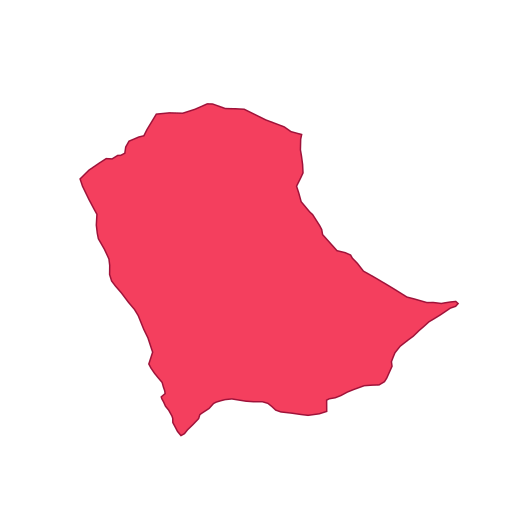 Corisco, Equatorial Guinea, rotated 331°
{"feature_id": "11065452B63780080368940", "entity_name": "Corisco", "entity_type": "district", "adm_level": 2, "iso_a3": "GNQ", "parent_name": "Equatorial Guinea", "parent_adm1": "", "projection": "mercator", "projection_center": [9.322, 0.913], "detail": "fine", "context": "isolated", "style": "filled", "palette": "rose", "viewbox_px": 512, "rotation_deg": 331, "n_neighbors": 0, "source": "geoboundaries", "source_scale": "gbopen_adm2", "svg_char_len": 2016}
<svg xmlns="http://www.w3.org/2000/svg" viewBox="0 0 512 512"><g transform="rotate(331 256 256)"><path d="M261.1,95.6L249.6,88.8L237.6,83.6L221.9,92.6L216.2,96.5L211.2,95.1L200.6,94.0L194.9,97.5L191.1,102.5L186.5,102.4L183.8,101.0L177.2,101.3L172.2,98.2L164.6,98.7L151.6,99.9L139.5,103.3L138.1,110.9L137.3,125.5L137.1,136.5L137.1,142.4L131.3,151.6L128.2,159.2L126.5,164.5L126.7,176.4L126.2,184.0L125.9,187.4L123.5,193.3L119.0,201.2L117.6,207.8L118.5,214.1L120.4,223.1L122.0,234.7L123.8,243.7L124.1,251.0L122.3,265.6L121.8,275.2L119.8,285.6L119.0,290.0L109.9,298.5L109.8,303.2L110.4,309.5L111.3,314.5L112.6,321.1L111.5,325.7L110.8,329.7L109.8,332.3L104.8,333.3L104.4,335.2L104.4,338.9L104.0,343.5L104.9,348.5L104.9,355.1L104.5,357.5L102.5,361.4L102.4,367.0L102.3,371.4L103.3,376.7L107.3,376.7L111.9,374.8L119.0,372.9L127.0,370.4L130.0,367.5L132.7,367.2L141.0,366.6L147.4,364.4L150.4,364.5L155.0,365.5L159.3,366.6L165.6,369.3L176.8,378.1L183.1,382.2L191.0,386.6L195.0,390.7L196.9,395.3L198.5,400.3L202.1,404.4L210.7,410.5L218.6,416.5L224.3,420.6L234.9,424.7L242.5,426.2L247.9,416.3L250.9,416.4L256.6,418.4L262.6,419.2L269.9,419.3L276.5,420.1L287.8,421.9L295.1,425.3L301.1,428.4L307.4,428.2L311.1,426.2L321.5,418.4L323.2,414.1L326.6,411.2L330.6,408.0L338.3,404.8L342.7,404.1L348.3,403.2L354.6,402.4L362.7,400.2L367.7,399.2L375.3,397.4L388.3,396.9L395.3,396.3L400.7,395.8L406.2,396.8L409.7,395.6L408.7,392.6L403.8,390.5L398.1,388.4L395.1,387.4L388.5,382.6L382.9,379.6L373.4,370.1L368.1,365.1L362.9,355.7L358.0,347.0L349.2,332.0L342.6,321.3L341.1,311.6L339.2,304.6L339.2,301.0L335.6,296.3L329.4,290.6L324.6,269.6L326.3,264.7L326.4,260.3L325.6,247.4L324.3,243.4L321.8,230.4L323.9,221.8L325.3,214.6L333.3,209.1L337.4,206.1L341.1,198.6L344.2,190.7L346.3,184.7L351.7,175.5L354.8,171.9L346.9,164.2L343.3,156.8L337.4,149.8L330.5,141.7L323.6,131.7L316.8,121.9L311.2,118.4L309.8,117.5L305.3,114.9L300.6,112.1L291.7,102.0L287.1,99.3L273.8,98.1L266.7,96.7L261.1,95.6Z" fill="#f43f5e" stroke="#9f1239" stroke-width="1.5"/></g></svg>